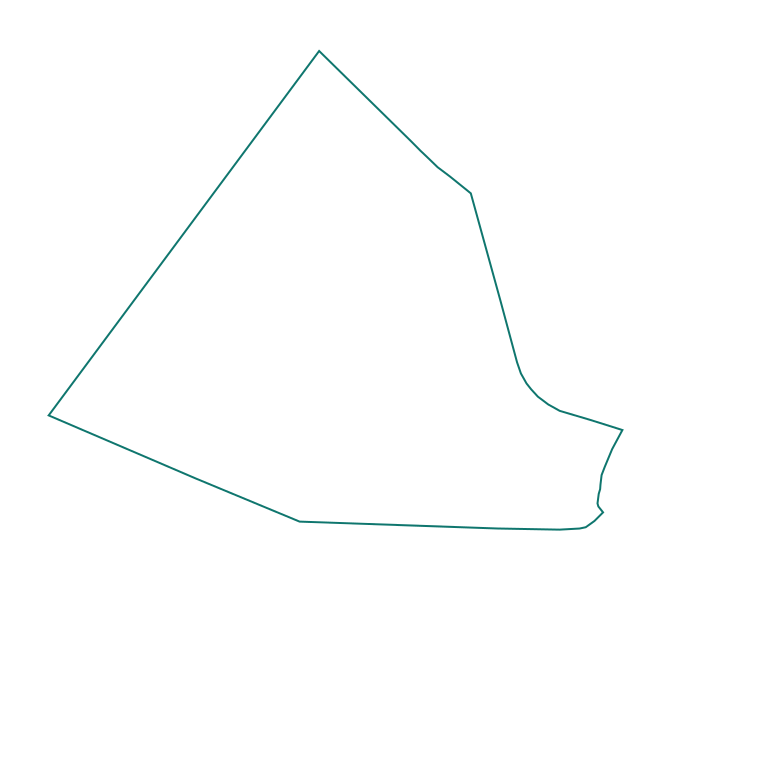 the district of Sebkha, Nouakchott, Mauritania, rotated 37°
{"feature_id": "47542326B41815213489591", "entity_name": "Sebkha", "entity_type": "district", "adm_level": 2, "iso_a3": "MRT", "parent_name": "Mauritania", "parent_adm1": "Nouakchott", "projection": "robinson", "projection_center": [-16.0, 18.075], "detail": "fine", "context": "isolated", "style": "outline", "palette": "teal", "viewbox_px": 768, "rotation_deg": 37, "n_neighbors": 0, "source": "geoboundaries", "source_scale": "gbopen_adm2", "svg_char_len": 585}
<svg xmlns="http://www.w3.org/2000/svg" viewBox="0 0 768 768"><g transform="rotate(37 384 384)"><path d="M636.2,354.7L628.9,352.8L626.4,350.9L621.6,342.5L619.9,337.9L617.5,334.2L612.6,325.8L610.2,317.4L605.4,298.7L602.1,277.3L570.5,288.5L540.5,299.7L527.5,301.5L514.5,301.5L504.8,299.7L497.5,297.8L487.0,293.2L477.2,286.6L427.0,247.5L338.6,179.5L311.8,178.6L296.4,178.6L281.0,176.7L272.9,175.8L259.9,173.9L131.8,157.1L135.1,610.9L290.7,572.7L399.4,544.7L561.6,431.1L611.8,394.7L627.2,381.7L631.3,377.0L634.5,366.8L636.2,354.7Z" fill="none" stroke="#0f766e" stroke-width="2"/></g></svg>